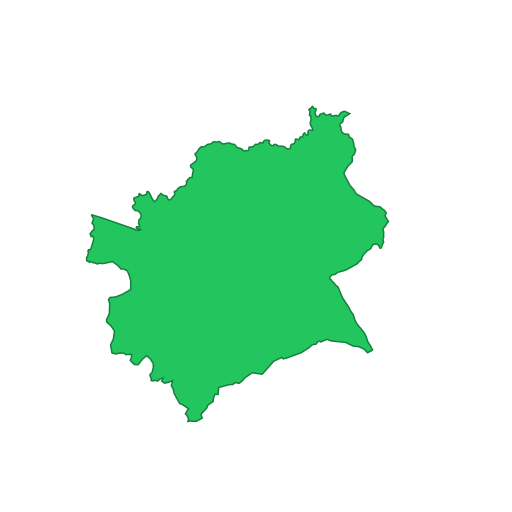 the border of East Kazakhstan, rotated 312°
{"feature_id": "KAZ-3206", "entity_name": "East Kazakhstan", "entity_type": "Region", "adm_level": 1, "iso_a3": "KAZ", "parent_name": "Kazakhstan", "parent_adm1": "", "projection": "albers", "projection_center": [82.81, 48.617], "detail": "fine", "context": "isolated", "style": "filled", "palette": "green", "viewbox_px": 512, "rotation_deg": 312, "n_neighbors": 0, "source": "natural_earth", "source_scale": "10m", "svg_char_len": 6138}
<svg xmlns="http://www.w3.org/2000/svg" viewBox="0 0 512 512"><g transform="rotate(312 256 256)"><path d="M424.5,230.4L417.9,228.6L413.5,230.7L410.7,230.1L409.8,230.3L409.2,230.8L408.6,232.6L408.1,233.4L406.4,235.2L405.6,237.0L405.5,237.8L405.8,239.8L406.7,241.4L407.7,242.3L408.3,243.2L406.8,246.0L407.4,249.3L407.2,249.8L405.0,253.3L403.0,255.5L401.9,258.6L401.3,259.2L397.7,260.9L394.6,260.8L393.8,261.2L391.9,263.5L390.2,264.5L384.2,264.2L377.2,265.5L376.0,266.4L375.2,268.0L371.3,278.6L370.7,284.0L370.3,285.8L369.4,288.2L369.4,289.4L372.5,303.6L372.6,305.2L372.2,308.5L372.4,310.0L372.9,311.4L375.4,315.1L375.7,316.1L375.4,317.9L375.8,319.6L375.9,320.4L375.3,323.7L375.0,324.1L373.5,324.4L372.0,325.2L371.7,326.0L371.5,327.6L370.8,329.0L370.3,331.4L368.1,331.4L363.9,332.2L362.0,332.0L361.4,332.2L360.3,333.1L359.5,334.6L358.8,335.3L356.6,337.1L355.7,338.2L353.3,339.2L352.8,339.7L352.1,341.2L351.4,341.7L348.9,342.3L346.6,343.4L345.6,343.6L345.0,343.3L344.8,342.6L345.9,340.3L345.9,338.6L345.2,337.2L344.1,336.1L342.9,335.5L341.4,335.4L338.3,336.3L336.8,336.0L335.0,335.2L329.8,335.0L326.3,335.4L324.2,336.7L323.4,336.8L321.1,336.4L318.0,336.4L305.4,332.1L299.7,328.4L298.4,327.7L295.4,327.1L293.0,325.2L292.2,324.9L290.4,324.9L288.8,325.5L288.5,326.0L288.6,328.0L288.0,330.1L288.3,331.5L287.6,334.8L287.9,336.6L287.6,338.2L282.8,348.4L279.8,359.9L278.5,362.8L277.8,366.2L277.3,367.8L275.1,371.4L273.8,374.2L272.9,377.4L272.0,384.1L271.1,388.5L270.6,389.9L269.6,392.2L267.1,396.5L265.8,401.3L264.7,403.8L264.5,405.2L263.7,405.5L258.7,403.6L259.2,398.7L257.4,393.0L254.0,388.3L251.8,380.5L243.0,368.4L241.7,364.6L235.4,361.6L235.3,360.4L234.1,359.4L230.3,359.5L229.4,358.3L227.2,357.1L223.5,356.8L214.4,354.3L200.4,346.9L197.9,345.1L197.8,343.0L189.7,339.6L172.3,339.7L166.6,331.3L158.0,329.2L154.8,329.4L150.1,328.7L148.1,325.3L144.9,324.7L142.5,322.2L133.4,316.3L127.7,320.4L125.8,318.0L122.5,319.2L119.1,321.5L112.8,320.0L110.3,321.1L101.6,321.0L99.6,324.5L93.0,322.2L89.2,317.3L87.5,316.1L89.1,315.4L90.5,313.5L91.4,311.0L91.5,309.1L97.4,307.9L96.5,301.8L96.0,299.3L95.2,298.2L99.1,287.1L101.5,283.8L103.1,279.7L107.7,277.5L104.0,275.8L100.3,273.2L99.9,269.6L103.2,268.5L100.3,267.0L97.1,266.5L96.4,264.6L94.1,262.9L93.3,261.3L94.9,260.3L95.6,258.2L96.7,256.6L100.1,256.6L104.5,254.3L107.6,251.2L108.0,248.9L108.8,246.4L108.7,241.4L103.5,240.7L96.3,241.1L93.9,238.1L94.3,232.3L97.3,231.3L99.6,229.3L95.5,225.1L95.6,223.2L92.7,219.6L89.3,217.3L87.6,213.8L92.5,207.5L99.1,205.4L105.6,201.0L106.8,196.1L107.1,193.6L106.9,190.0L107.3,188.8L109.0,187.3L111.7,186.7L115.5,185.2L122.8,179.0L125.0,175.4L127.6,175.3L131.4,178.9L137.8,182.2L147.3,185.3L153.8,179.4L156.9,174.5L158.9,170.2L157.5,165.6L156.0,164.6L156.5,159.7L155.8,153.1L148.1,147.5L145.3,143.9L144.3,143.8L143.9,143.4L142.9,140.8L142.9,140.2L142.0,139.6L141.8,137.7L141.2,137.1L139.8,136.4L140.1,135.4L139.3,134.1L139.2,133.3L139.8,132.8L140.1,132.3L141.8,131.0L142.9,131.1L146.4,129.2L147.2,127.8L148.6,127.4L149.3,128.6L151.2,128.3L159.4,124.5L161.0,123.1L161.4,121.1L160.1,120.6L161.5,117.8L165.7,117.5L166.6,118.1L168.4,117.0L169.9,115.7L170.6,113.4L170.6,112.2L175.0,110.4L176.2,106.6L176.8,106.5L181.3,116.1L194.0,146.3L195.0,149.6L196.6,151.8L197.6,152.5L198.6,152.6L197.0,149.8L196.6,148.3L197.6,147.7L198.2,148.0L199.2,149.2L199.7,149.6L200.4,149.5L200.8,149.0L201.3,147.4L201.7,146.7L203.4,145.9L204.4,144.8L206.0,145.0L207.2,144.8L208.5,144.1L209.7,143.0L210.4,141.3L210.6,138.9L210.2,137.4L209.0,135.9L209.0,134.4L209.2,132.8L209.5,131.9L209.9,131.3L210.5,130.9L213.8,131.3L214.9,131.0L215.3,129.8L215.4,129.0L216.0,127.7L217.0,126.7L217.6,126.6L221.6,128.7L222.3,128.9L223.6,127.6L224.3,127.6L224.5,128.3L224.5,130.0L224.8,130.9L225.1,131.4L227.7,132.9L229.1,133.2L230.4,132.0L231.0,132.1L231.6,132.5L231.8,133.1L231.4,134.9L229.3,140.0L228.3,143.6L228.5,144.0L229.9,144.5L231.6,144.5L235.2,143.4L239.0,143.6L238.9,145.4L239.4,147.0L240.8,149.7L239.6,151.9L239.3,153.2L239.7,154.2L240.6,154.7L247.1,154.6L247.8,154.1L248.7,152.7L249.3,152.2L249.9,152.3L251.0,153.1L251.7,153.2L253.9,152.8L255.4,153.1L256.8,153.5L260.0,156.1L261.6,156.4L263.1,156.1L264.9,154.3L265.9,154.7L267.1,154.0L268.2,154.5L269.6,154.2L270.2,154.5L271.6,155.9L275.6,153.2L277.7,152.2L278.4,151.2L278.5,147.8L279.3,146.9L280.5,146.6L282.9,147.3L286.9,147.8L288.3,147.3L289.4,146.1L290.3,144.3L290.9,142.4L291.8,142.3L293.1,142.7L297.5,141.9L300.8,142.3L301.7,143.7L302.8,144.6L306.2,145.2L306.9,145.6L309.4,147.6L311.4,147.7L312.7,148.2L313.2,148.8L314.6,150.9L315.8,151.4L316.7,152.4L316.7,155.4L317.5,156.9L321.4,159.7L322.4,161.0L323.0,163.3L324.1,164.5L324.4,165.3L324.5,166.2L323.9,168.8L324.4,170.3L325.9,173.3L326.0,176.5L326.3,177.4L328.0,178.2L328.9,179.6L330.0,179.7L332.2,178.0L333.3,178.9L334.2,179.9L335.2,180.6L336.3,180.8L338.5,180.8L340.0,182.4L341.0,183.0L342.6,182.9L343.2,183.2L344.3,185.4L344.7,185.6L346.2,184.8L346.9,184.9L349.0,185.8L349.3,186.2L350.7,188.4L350.6,189.2L348.5,189.9L348.4,192.7L348.6,194.0L349.2,194.6L351.0,194.9L351.8,195.5L352.3,196.6L352.7,199.0L353.2,199.9L355.3,202.1L356.0,203.5L356.5,207.3L357.4,208.7L358.7,209.4L359.9,208.9L361.1,208.0L362.4,207.6L363.1,207.9L364.5,208.9L365.3,209.1L367.0,208.7L369.0,207.2L369.6,207.3L370.0,207.8L370.5,209.2L371.0,209.8L371.5,210.0L373.2,209.3L373.8,209.3L374.4,209.5L375.4,210.7L375.8,211.0L378.0,209.6L379.9,209.7L379.7,212.9L380.2,213.4L380.8,213.6L381.3,213.3L382.7,211.7L384.0,211.1L385.3,211.3L386.2,212.6L387.5,214.0L388.6,212.4L390.2,208.1L392.0,206.7L393.9,205.9L395.9,203.8L396.4,203.6L396.6,202.8L396.2,201.7L397.6,200.8L398.4,200.0L399.0,199.9L399.6,199.1L399.9,198.1L400.3,197.3L401.3,197.4L402.7,198.0L404.6,197.7L405.0,197.9L405.0,198.4L404.4,200.0L404.5,200.6L405.7,201.9L404.5,203.1L402.4,203.6L401.8,204.1L400.3,206.7L400.2,207.4L400.5,208.1L401.1,208.8L401.9,209.3L404.0,208.8L404.7,209.0L407.7,210.8L407.5,212.6L407.5,213.7L408.0,214.5L411.4,216.4L411.4,216.8L410.9,217.4L410.6,218.3L410.9,218.9L414.2,221.5L414.4,222.6L415.0,223.3L416.3,223.5L418.9,223.1L419.9,223.3L422.6,224.7L423.1,225.7L424.0,229.0L424.5,230.4Z" fill="#22c55e" stroke="#15803d" stroke-width="1.5"/></g></svg>